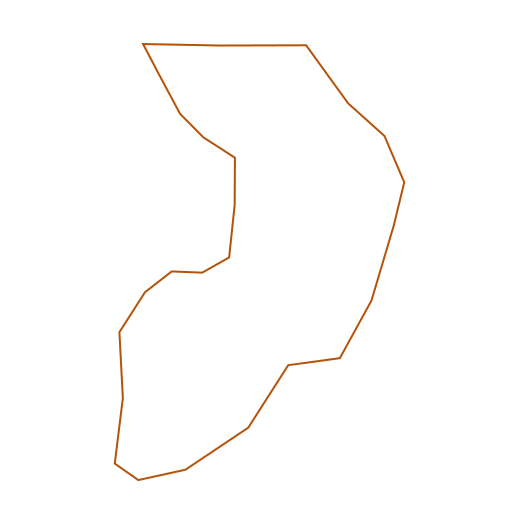 outline of Avlona, Nicosia, Cyprus, rotated 267°
{"feature_id": "46923920B38965206429869", "entity_name": "Avlona", "entity_type": "district", "adm_level": 2, "iso_a3": "CYP", "parent_name": "Cyprus", "parent_adm1": "Nicosia", "projection": "albers", "projection_center": [33.1, 35.159], "detail": "fine", "context": "isolated", "style": "outline", "palette": "amber", "viewbox_px": 512, "rotation_deg": 267, "n_neighbors": 0, "source": "geoboundaries", "source_scale": "gbopen_adm2", "svg_char_len": 485}
<svg xmlns="http://www.w3.org/2000/svg" viewBox="0 0 512 512"><g transform="rotate(267 256 256)"><path d="M38.4,126.7L46.3,174.4L85.0,239.3L145.3,282.5L149.6,334.4L205.5,369.0L278.7,395.0L321.8,407.9L369.1,390.6L403.6,356.0L463.8,317.1L468.1,230.6L473.6,154.3L443.3,168.2L402.0,187.6L377.2,209.7L355.2,240.1L308.3,237.4L256.0,229.1L242.2,201.4L245.0,171.0L225.7,143.3L187.1,115.6L154.1,115.6L121.0,115.6L56.1,104.1L38.4,126.7Z" fill="none" stroke="#b45309" stroke-width="2"/></g></svg>